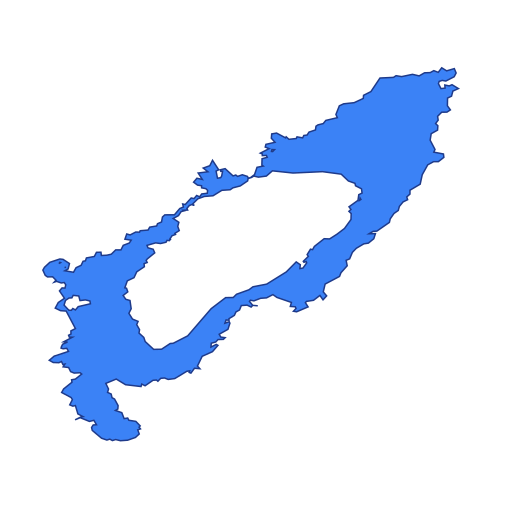 Danau Toba, Sumatera Utara, Indonesia (Equal Earth projection), rotated 86°
{"feature_id": "22746128B58041142516585", "entity_name": "Danau Toba", "entity_type": "district", "adm_level": 2, "iso_a3": "IDN", "parent_name": "Indonesia", "parent_adm1": "Sumatera Utara", "projection": "equal_earth", "projection_center": [98.807, 2.61], "detail": "fine", "context": "isolated", "style": "filled", "palette": "blue", "viewbox_px": 512, "rotation_deg": 86, "n_neighbors": 0, "source": "geoboundaries", "source_scale": "gbopen_adm2", "svg_char_len": 6071}
<svg xmlns="http://www.w3.org/2000/svg" viewBox="0 0 512 512"><g transform="rotate(86 256 256)"><path d="M112.0,162.4L120.4,166.4L123.7,165.2L125.6,176.9L128.6,179.7L129.5,185.0L130.7,187.1L134.4,187.9L136.1,194.5L138.9,196.6L139.1,199.9L141.4,201.2L140.0,206.8L141.6,207.6L141.9,215.0L139.2,217.6L140.2,218.3L134.8,226.9L135.3,231.8L139.6,232.5L143.9,229.1L145.3,238.3L148.0,239.2L149.8,235.4L153.7,244.5L154.6,242.6L156.3,242.7L156.4,238.6L158.3,237.9L159.4,243.2L165.7,243.8L166.8,242.5L167.6,248.8L174.7,251.8L177.4,256.0L177.8,258.2L176.0,259.0L174.0,264.0L175.3,268.8L173.8,270.5L174.5,273.3L166.7,280.7L167.5,285.6L169.1,285.2L169.1,283.4L173.9,284.7L175.4,285.8L175.7,289.0L168.5,289.9L167.4,287.2L157.5,292.7L162.7,295.8L164.6,302.5L168.6,298.1L169.2,307.9L175.9,304.2L174.3,309.5L178.0,313.1L181.2,309.4L182.1,305.4L184.2,305.5L185.3,301.4L187.1,299.7L190.0,300.2L190.3,305.8L193.0,308.1L191.5,311.0L194.4,313.8L193.6,316.6L199.7,323.0L199.0,325.5L202.1,325.0L203.3,328.7L209.2,334.5L208.6,344.1L210.6,346.6L215.5,347.9L216.9,352.0L219.1,353.0L219.8,360.0L222.6,361.9L222.7,369.8L224.1,370.5L223.7,374.3L226.2,380.1L225.0,383.4L230.1,385.6L231.5,379.4L234.2,381.5L236.1,387.7L240.5,390.3L240.1,395.5L244.1,400.2L244.8,404.7L244.7,410.2L241.4,410.4L241.2,414.9L245.2,417.3L246.1,425.3L248.9,426.5L249.2,428.9L253.1,431.1L255.1,436.3L259.5,439.2L257.4,447.7L255.8,444.3L250.5,442.6L245.9,448.7L245.3,451.9L247.9,462.1L252.5,467.8L255.2,469.6L260.6,467.6L262.3,465.5L262.6,460.3L266.2,457.2L268.0,459.1L267.4,456.7L269.3,452.2L269.1,449.1L271.5,447.8L274.7,448.8L274.3,451.7L277.1,454.5L284.8,450.0L288.6,456.5L294.0,459.9L296.9,454.8L297.7,449.2L315.8,441.2L317.8,445.9L320.9,446.0L322.0,448.5L323.9,447.9L324.2,444.8L328.2,453.9L328.7,450.0L330.5,455.0L332.8,456.4L334.3,456.9L335.1,454.9L334.9,451.2L338.1,449.7L341.8,464.3L345.6,469.5L348.1,465.7L348.7,460.1L347.7,457.4L350.8,456.2L350.5,454.2L353.1,456.1L354.2,450.7L358.4,449.0L360.1,445.6L360.2,439.6L361.6,438.1L366.2,444.8L366.6,448.6L369.1,448.4L375.2,457.2L378.6,459.4L384.3,450.3L386.5,449.2L391.5,452.2L393.0,449.2L392.6,446.6L401.1,444.7L404.1,439.9L404.2,441.5L406.8,447.9L405.0,442.7L409.4,433.7L408.6,429.2L413.2,426.9L413.2,430.2L415.6,432.0L418.6,431.5L427.0,422.8L429.2,417.6L428.5,414.6L430.1,412.1L429.3,408.8L430.8,404.1L430.8,396.9L428.6,388.9L425.4,384.9L421.2,386.1L420.4,383.3L418.6,384.6L417.4,383.4L412.6,387.4L411.0,394.3L408.7,395.3L409.0,398.9L402.9,400.8L400.3,407.0L399.0,404.5L395.6,404.0L388.8,407.1L387.3,409.5L383.6,410.1L381.7,413.6L378.4,412.4L372.6,414.7L369.0,404.0L375.3,395.1L378.2,379.8L375.8,378.9L377.7,375.7L372.8,367.4L372.8,363.9L374.1,362.6L371.4,359.6L371.3,355.8L373.0,352.2L372.6,345.6L366.2,333.1L365.9,330.1L367.5,330.8L368.3,329.1L363.7,325.2L364.5,319.9L361.7,322.1L352.3,316.7L348.4,306.1L342.5,300.2L341.4,301.8L343.7,307.3L339.9,306.7L339.0,302.2L336.7,299.7L336.9,294.4L335.3,292.5L334.4,296.8L331.5,298.2L327.2,289.1L321.2,286.7L319.7,287.3L320.9,291.7L317.7,290.3L318.2,287.4L316.6,287.3L313.7,281.7L310.4,279.9L308.7,276.2L304.4,274.1L304.4,268.3L306.6,264.4L305.0,262.7L305.8,257.7L305.0,262.7L300.8,265.7L299.7,264.7L300.6,261.2L298.5,254.3L298.5,248.4L295.7,241.8L298.8,238.0L304.8,223.9L308.7,225.3L309.4,220.4L311.1,219.7L313.7,222.5L314.5,219.4L310.4,207.6L306.0,210.0L304.8,208.8L304.2,201.7L299.8,195.0L304.4,192.2L300.7,188.3L296.5,191.4L288.8,189.0L282.2,174.1L278.6,172.4L272.1,165.7L266.6,166.4L265.4,162.8L259.1,159.6L255.3,155.4L251.4,147.6L251.0,143.0L247.0,137.3L242.0,135.3L241.7,141.7L239.6,137.5L239.6,133.7L231.8,120.6L228.3,119.5L223.2,115.4L220.5,110.9L216.5,109.5L212.3,105.5L210.4,100.8L207.6,101.5L205.0,98.1L201.1,97.8L195.8,87.2L186.5,84.5L177.0,78.3L174.3,72.3L174.6,67.5L170.7,61.7L167.3,61.9L164.8,71.4L162.2,70.0L152.6,74.2L146.2,72.7L143.1,66.1L138.7,65.5L136.4,67.6L133.2,64.8L129.3,65.1L125.5,60.7L125.8,55.5L123.8,51.9L119.5,54.6L111.8,53.9L110.2,49.8L105.2,48.1L103.1,42.4L98.8,48.5L99.8,51.4L98.6,55.7L101.7,55.7L101.9,59.8L96.8,62.0L94.6,61.1L93.8,58.0L94.7,54.4L91.0,45.8L87.4,43.6L82.9,45.1L84.6,52.9L81.2,57.6L85.5,61.4L83.5,65.7L85.2,69.4L85.0,75.1L87.7,80.7L85.7,87.2L87.2,98.2L85.9,103.7L87.4,106.4L87.1,119.9L100.0,129.9L103.2,137.5L106.3,138.0L109.9,147.4L110.3,158.0L112.0,162.4ZM172.2,233.7L175.8,213.3L176.5,183.8L180.3,165.3L187.6,158.6L190.4,152.2L192.9,151.8L196.3,146.1L200.6,145.8L202.0,149.2L207.6,150.4L213.4,159.8L216.2,158.0L217.9,160.2L220.3,158.1L226.2,158.7L234.7,165.8L239.9,173.7L244.1,181.4L243.5,186.8L250.5,197.1L253.6,199.1L253.0,201.2L258.2,204.9L260.0,203.8L264.6,209.2L265.6,208.6L265.0,206.3L266.4,205.9L271.3,210.0L271.6,213.1L267.8,212.4L264.7,216.3L274.0,226.9L284.8,247.3L286.5,261.2L289.2,265.4L292.8,278.1L295.8,281.6L295.4,289.2L305.4,304.4L330.9,329.7L337.3,344.7L337.3,347.7L342.4,356.7L342.0,364.6L333.6,372.5L329.4,373.6L324.7,378.1L321.4,377.3L316.1,379.8L313.0,378.2L310.3,383.6L304.3,386.8L299.9,384.2L291.6,384.8L290.1,388.9L286.1,391.3L282.8,386.4L279.1,387.4L278.6,389.1L271.8,386.1L269.1,379.2L263.5,376.1L258.9,368.1L255.8,368.2L254.9,365.0L252.7,365.9L251.3,364.6L245.8,356.8L242.1,358.1L240.3,363.2L237.8,364.0L235.9,355.2L236.9,350.4L236.0,344.8L234.2,343.7L234.6,341.3L233.1,340.7L233.5,340.3L233.9,339.6L233.0,340.7L229.9,338.3L228.9,334.8L227.8,335.4L225.3,330.8L221.0,332.0L217.0,330.6L212.8,336.0L210.3,330.5L206.5,327.6L205.9,324.4L205.3,325.2L205.4,321.0L203.7,321.6L201.0,319.0L200.0,315.8L201.0,315.2L201.1,314.0L199.9,315.8L194.9,310.0L193.0,303.4L192.9,294.6L188.1,285.5L188.1,277.1L186.4,274.3L185.0,266.8L180.5,259.1L178.2,258.5L177.3,254.9L176.1,252.6L177.5,248.1L177.0,240.1L172.2,233.7ZM287.9,429.2L289.3,424.8L292.1,424.5L294.1,436.9L297.2,439.9L295.6,442.4L297.3,444.0L297.0,446.5L291.6,450.9L287.0,449.1L284.9,445.5L284.9,442.6L282.5,441.1L283.5,435.6L288.2,434.7L287.9,429.2ZM151.2,230.1L153.0,232.1L152.8,233.3L150.9,232.7L151.2,230.1ZM249.8,453.1L248.6,452.1L249.0,451.4L249.8,453.1ZM205.5,148.1L206.9,147.4L207.7,148.8L205.5,148.1ZM253.9,446.3L254.2,447.8L253.9,446.3Z" fill="#3b82f6" stroke="#1e3a8a" stroke-width="1.5"/></g></svg>